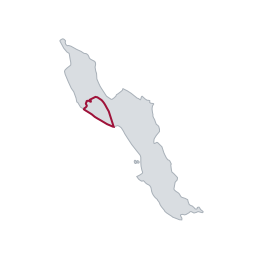 location of Mangochi within Malawi, rotated 153°
{"feature_id": "MWI-1910", "entity_name": "Mangochi", "entity_type": "District", "adm_level": 1, "iso_a3": "MWI", "parent_name": "Malawi", "parent_adm1": "", "projection": "equal_earth", "projection_center": [35.307, -14.139], "detail": "fine", "context": "in_parent", "style": "outline", "palette": "rose", "viewbox_px": 256, "rotation_deg": 153, "n_neighbors": 0, "source": "natural_earth", "source_scale": "10m", "svg_char_len": 3761}
<svg xmlns="http://www.w3.org/2000/svg" viewBox="0 0 256 256"><g transform="rotate(153 128 128)"><path d="M105.4,149.6L104.3,147.6L103.3,148.1L102.1,149.5L101.4,149.9L101.0,149.9L100.8,149.5L100.5,148.6L99.5,146.0L98.4,144.1L97.2,143.4L96.2,142.5L96.6,141.7L97.1,141.1L96.9,140.5L96.3,139.6L94.3,138.3L94.2,137.7L96.1,136.6L97.2,135.2L98.0,133.9L99.0,131.1L99.8,128.3L100.4,127.4L100.6,125.5L100.5,123.4L100.9,120.7L101.1,118.2L100.4,117.2L99.9,115.5L100.5,112.6L101.5,110.6L106.2,108.5L109.4,106.6L110.1,105.8L111.2,104.2L111.8,102.6L111.3,102.1L108.8,102.1L108.2,101.5L106.3,95.9L107.3,89.6L107.4,87.1L107.4,84.0L107.0,81.7L106.2,80.8L105.7,79.6L105.8,76.2L106.6,75.8L108.2,71.5L108.9,68.9L108.0,66.8L107.1,63.9L106.6,62.0L106.4,61.4L107.1,60.2L108.2,59.1L109.4,58.8L110.7,58.2L114.8,52.8L114.8,51.7L114.1,49.9L112.5,47.1L112.2,46.0L112.0,42.7L111.4,41.7L109.1,39.4L107.4,37.1L107.9,34.7L108.2,32.1L107.4,30.6L106.1,29.2L105.3,27.0L104.9,25.4L103.9,24.7L103.0,24.7L102.3,25.7L101.6,25.6L100.7,25.3L100.4,23.9L100.4,22.4L99.8,21.3L99.2,19.9L99.1,19.1L99.5,18.9L100.2,18.8L103.5,21.7L105.6,21.8L107.8,22.3L109.7,24.9L110.7,25.2L111.9,24.8L115.5,24.6L117.0,24.9L118.8,26.4L119.6,26.6L120.7,26.7L120.9,26.3L121.1,25.4L120.9,23.6L121.1,22.7L121.8,21.7L123.8,22.9L128.7,28.4L128.9,29.1L132.0,34.5L133.0,36.9L133.0,38.1L134.0,42.8L134.2,45.1L134.0,46.8L134.0,48.1L134.4,50.1L134.3,50.9L135.4,53.8L135.9,56.2L136.0,58.5L135.7,60.8L134.7,64.1L134.6,65.5L134.8,66.7L135.4,68.0L136.5,69.4L137.3,71.1L137.8,73.2L138.3,74.1L138.9,74.1L139.9,74.4L140.8,75.6L141.7,77.5L142.1,79.8L142.2,80.8L139.4,80.7L135.9,81.1L135.0,82.0L134.8,84.0L133.7,88.0L133.1,89.5L131.8,92.3L129.9,96.1L129.6,97.4L129.6,98.7L130.7,103.9L131.8,109.5L132.2,111.6L133.0,118.9L133.5,124.1L133.5,127.1L133.9,131.2L134.9,133.4L136.0,134.8L140.0,135.6L141.1,136.6L143.4,139.2L148.3,146.3L151.0,150.9L153.3,154.9L157.6,162.4L160.8,168.2L161.2,173.6L161.8,174.4L160.7,178.4L159.9,184.9L160.5,189.2L160.2,196.5L159.6,204.4L158.9,207.2L157.9,208.2L155.6,209.0L150.6,210.0L149.9,210.9L149.2,212.5L148.2,216.0L147.0,219.7L146.6,221.2L146.8,221.6L147.9,223.4L149.0,228.2L149.2,236.3L148.8,236.9L147.3,237.2L145.7,237.1L145.1,236.6L144.5,235.7L144.1,234.0L145.1,232.8L145.5,230.7L144.8,228.9L143.5,228.5L141.7,226.8L138.1,221.4L135.1,217.6L133.3,214.5L131.5,213.2L131.0,212.4L130.5,211.1L130.5,209.2L130.7,207.8L130.1,206.2L128.3,203.7L127.4,202.4L127.4,200.7L128.1,199.2L129.7,197.2L130.9,193.4L131.3,190.8L133.5,185.8L133.8,181.4L133.9,177.9L133.7,175.2L133.1,169.8L132.7,166.1L130.0,161.2L129.1,160.8L126.5,161.2L124.3,161.9L123.2,162.9L121.5,163.0L117.2,163.8L115.8,164.2L115.0,165.1L114.6,165.3L111.8,161.5L109.4,157.4L106.3,150.5L105.4,149.6ZM137.2,95.9L136.4,96.1L136.0,95.6L136.1,94.1L136.3,93.0L137.1,92.8L137.6,93.1L137.9,93.6L137.9,94.4L137.7,95.2L137.2,95.9ZM135.5,93.1L135.1,94.6L134.2,94.6L133.4,93.3L133.7,92.2L134.5,91.9L135.2,92.3L135.5,93.1Z" fill="#d9dde1" stroke="#a8b0b8" stroke-width="1"/><path d="M140.2,135.6L140.9,136.1L143.0,138.7L144.9,140.9L146.7,143.8L148.9,147.3L150.9,150.3L152.6,153.1L154.1,156.7L155.9,159.7L158.1,163.3L158.8,164.6L158.2,165.2L157.8,165.4L157.1,165.4L156.6,165.5L155.6,165.8L155.1,166.1L154.8,166.3L154.5,166.8L154.5,167.1L154.6,168.1L154.5,168.5L154.5,168.8L154.2,169.2L154.0,169.4L153.8,169.5L153.5,169.7L152.9,170.4L152.6,170.7L152.3,170.7L152.0,170.7L150.9,170.2L150.7,170.1L150.4,169.9L150.2,169.4L150.0,169.1L149.6,168.6L149.4,168.5L149.3,168.4L149.1,168.4L149.0,168.6L149.0,168.8L149.0,169.0L148.8,169.2L148.8,169.5L148.8,169.8L148.9,170.3L148.9,170.5L143.1,170.5L142.9,170.5L142.2,169.9L141.6,169.5L141.3,169.2L138.9,164.9L138.3,162.6L138.0,160.7L137.8,157.8L137.8,156.6L137.6,151.5L140.2,135.6Z" fill="none" stroke="#9f1239" stroke-width="2"/></g></svg>